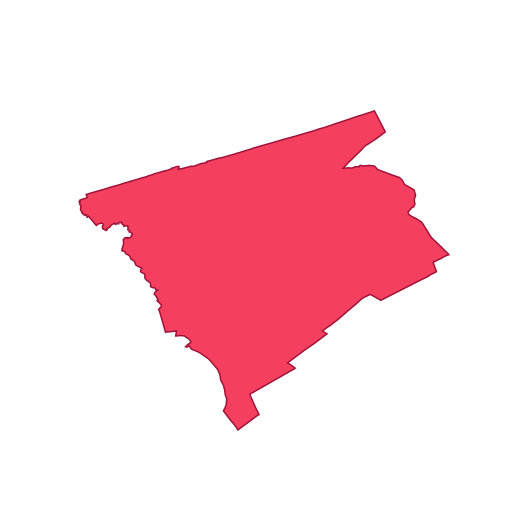 Roata De Jos, Giurgiu, Romania, rotated 196°
{"feature_id": "2599482B53285943705449", "entity_name": "Roata De Jos", "entity_type": "district", "adm_level": 2, "iso_a3": "ROU", "parent_name": "Romania", "parent_adm1": "Giurgiu", "projection": "equal_earth", "projection_center": [25.541, 44.417], "detail": "fine", "context": "isolated", "style": "filled", "palette": "rose", "viewbox_px": 512, "rotation_deg": 196, "n_neighbors": 0, "source": "geoboundaries", "source_scale": "gbopen_adm2", "svg_char_len": 6021}
<svg xmlns="http://www.w3.org/2000/svg" viewBox="0 0 512 512"><g transform="rotate(196 256 256)"><path d="M71.3,310.7L72.2,311.3L76.5,313.5L78.7,314.8L83.6,317.4L92.3,322.0L92.2,322.1L93.2,322.7L96.5,325.7L97.4,326.4L97.9,327.0L102.0,330.6L103.0,331.6L104.9,333.3L106.5,334.3L107.4,334.7L111.0,335.7L114.3,336.5L117.0,336.9L119.8,337.8L120.7,338.2L121.4,339.0L121.6,339.5L121.8,340.1L121.8,340.6L121.7,340.9L121.5,341.3L120.9,342.0L120.5,343.4L119.9,344.8L119.5,345.4L118.8,345.9L118.1,346.7L117.7,348.1L117.5,349.2L117.6,349.9L118.1,350.8L118.9,352.6L119.4,354.0L119.5,355.1L119.3,356.4L119.3,357.7L119.4,358.5L119.5,358.8L119.8,359.1L122.0,362.7L122.4,363.1L126.8,364.3L132.9,365.7L133.3,366.0L136.1,369.1L139.7,371.0L142.6,371.2L146.1,371.3L162.5,372.6L163.6,373.1L166.5,374.9L167.0,375.1L167.5,375.1L171.8,374.1L171.9,374.4L172.3,374.3L174.0,373.5L178.0,372.1L180.2,372.0L181.1,371.7L181.5,370.2L185.2,369.3L186.5,368.0L187.8,367.2L189.2,366.6L189.9,366.6L190.5,366.4L191.4,366.3L193.8,365.3L196.5,364.4L194.4,368.2L193.8,369.7L183.7,387.4L181.9,391.3L177.2,396.7L171.8,403.0L165.9,410.9L182.2,428.2L184.8,426.3L195.8,419.0L210.5,408.9L213.7,406.7L226.1,398.1L229.5,396.1L235.6,391.9L245.0,386.0L250.1,382.7L259.6,377.0L272.5,368.8L281.3,363.4L288.4,358.9L291.5,356.7L308.4,345.8L316.4,340.9L317.9,340.2L318.9,339.7L329.3,333.3L329.0,332.7L331.2,331.1L332.6,330.6L334.5,329.5L335.7,328.7L339.0,326.2L341.2,324.8L342.7,324.6L351.8,319.3L354.7,317.8L354.9,317.9L354.5,319.3L354.5,320.3L354.7,320.8L354.9,320.9L355.2,320.9L357.8,319.6L358.1,319.2L358.7,318.7L360.2,317.7L361.1,317.4L361.3,316.7L361.2,316.6L366.9,312.6L367.8,312.5L367.9,312.2L368.1,312.1L368.8,311.8L371.8,309.8L376.0,307.2L378.1,305.6L381.5,303.4L383.9,301.6L386.8,299.9L390.2,297.7L391.3,297.0L395.1,294.5L396.1,293.9L396.4,293.8L396.3,293.7L397.2,293.1L402.5,289.9L407.6,286.4L413.3,283.0L420.4,278.3L431.7,271.3L436.2,268.3L434.2,265.7L435.2,264.9L439.5,262.1L440.8,261.0L440.8,260.8L440.2,260.3L440.1,260.1L440.7,259.7L441.0,259.4L440.9,259.1L439.9,258.4L439.8,258.0L439.7,257.2L438.9,256.4L438.2,256.1L438.0,255.9L438.0,255.0L437.8,254.1L437.6,252.9L437.3,251.7L436.1,250.8L435.7,250.6L435.5,250.0L434.9,250.1L434.7,250.0L434.5,249.5L434.7,249.2L434.0,248.9L433.6,248.5L433.0,248.2L431.6,248.0L431.6,248.4L431.5,248.8L431.1,248.7L430.4,248.8L429.3,247.3L428.7,246.2L428.7,246.7L427.8,248.1L418.6,241.7L417.8,241.4L417.6,241.4L417.5,241.7L417.4,242.1L417.1,242.7L416.2,243.5L415.3,244.0L413.9,244.9L413.1,245.1L412.7,245.0L411.5,244.5L411.2,243.8L411.1,243.5L411.2,243.3L411.8,242.8L411.9,242.2L411.5,241.5L411.4,241.0L411.2,240.6L410.7,240.0L410.5,239.9L408.2,239.4L406.8,239.3L406.6,239.4L406.5,239.6L406.4,240.4L406.6,240.8L406.9,240.9L406.9,241.1L404.6,243.3L404.4,243.6L404.6,244.3L404.5,244.6L403.8,245.3L403.2,246.2L402.1,247.5L401.0,248.4L400.8,248.5L400.2,248.2L400.1,247.7L399.9,247.6L399.5,247.6L399.4,247.7L399.5,248.2L399.3,248.4L398.2,248.9L397.0,249.0L396.9,249.0L396.9,249.3L397.0,250.1L396.8,250.5L396.5,250.8L396.1,250.8L395.6,250.7L395.1,251.2L394.5,251.2L394.0,251.0L393.8,250.8L394.0,250.2L392.7,249.4L392.0,249.4L391.7,249.3L391.4,248.3L391.2,248.1L390.0,248.8L388.1,249.6L387.7,249.7L387.4,249.6L387.3,249.4L387.2,248.4L386.5,247.7L386.5,247.4L386.7,246.4L386.6,246.0L386.4,245.9L386.1,246.0L385.5,245.9L385.1,245.8L384.8,245.5L384.8,244.6L384.6,244.2L384.3,244.1L383.0,244.4L382.3,244.1L381.5,243.3L380.8,242.4L381.1,242.0L381.6,241.6L381.2,240.8L381.3,240.2L381.7,239.5L382.8,238.3L383.2,238.2L383.8,238.5L384.3,238.5L384.4,238.4L384.5,237.7L384.8,237.2L385.1,237.2L385.6,237.9L385.8,238.0L386.2,237.9L387.3,236.9L387.7,236.2L388.1,234.8L387.7,234.2L387.6,233.6L386.8,232.6L386.9,231.8L386.5,229.5L386.6,229.2L386.8,228.8L386.6,226.9L386.8,226.1L386.5,225.4L386.6,224.7L386.3,224.1L386.1,223.9L385.7,223.9L384.4,224.2L384.1,224.2L382.7,223.5L382.2,222.5L381.9,222.3L377.8,221.5L377.5,221.2L377.3,220.8L376.4,219.7L375.5,219.0L375.4,218.6L375.2,218.4L374.9,218.4L374.3,218.6L373.5,218.0L372.2,217.7L370.9,217.0L370.7,216.6L370.5,216.0L370.1,215.3L369.5,214.8L369.3,214.4L368.6,214.0L367.3,213.8L365.9,213.3L364.4,213.3L363.0,213.1L362.5,212.9L362.4,212.8L362.4,212.6L362.8,212.0L362.8,211.1L362.9,210.0L362.8,209.6L362.6,209.1L362.0,208.7L359.1,208.3L358.2,207.7L357.6,207.1L357.3,206.5L357.1,205.0L356.8,204.4L356.3,203.8L354.7,202.7L353.5,202.1L351.2,201.4L350.0,200.6L349.4,199.8L349.4,199.3L349.0,197.7L348.7,197.4L347.7,197.1L346.7,197.0L346.0,197.3L344.6,197.4L344.0,197.1L343.8,197.1L343.4,196.3L342.8,196.0L342.4,196.0L340.9,196.4L340.9,196.2L341.1,195.8L342.5,194.4L342.9,193.8L343.1,193.1L343.4,191.4L340.7,189.7L339.7,188.4L337.8,186.8L337.7,186.6L338.6,185.8L338.4,185.7L338.3,185.3L337.3,184.8L335.9,184.4L334.9,183.6L334.4,183.5L334.2,183.2L333.7,182.9L333.3,182.4L333.3,181.3L333.2,181.0L334.3,179.2L334.6,178.4L334.6,178.1L334.9,177.7L333.9,176.7L332.5,174.7L322.0,157.8L311.7,162.0L311.2,157.1L311.0,156.9L308.4,158.1L307.2,158.5L306.1,158.8L303.0,159.4L302.6,159.3L299.3,158.1L298.2,158.1L297.2,157.4L295.0,155.6L294.7,155.2L296.4,152.9L297.2,152.3L297.8,151.0L298.7,149.4L297.5,149.4L296.9,149.6L295.7,150.9L295.5,151.0L294.3,150.3L292.5,148.7L289.6,148.3L287.4,148.2L285.6,147.9L283.0,147.3L274.4,144.4L272.8,143.8L263.7,137.8L261.8,136.6L259.4,133.8L257.8,131.5L257.2,130.4L256.1,127.6L255.7,127.1L253.9,125.0L252.4,123.5L251.5,122.5L249.1,118.3L247.9,115.6L247.2,113.9L245.0,110.9L244.5,109.7L244.3,107.8L243.7,105.2L243.9,101.8L244.4,99.3L244.6,98.1L234.2,90.3L234.1,90.5L228.6,86.6L225.4,83.8L211.4,102.2L209.4,104.4L214.5,110.0L223.9,121.4L187.6,158.6L188.1,158.4L187.5,159.0L192.1,160.8L196.2,161.9L194.6,164.1L183.3,178.9L175.5,188.5L167.9,198.6L166.2,200.7L171.5,202.2L167.6,207.3L165.2,210.0L163.2,212.9L159.9,217.3L152.5,228.7L146.8,237.1L142.4,244.3L139.7,247.0L135.5,250.6L123.8,247.8L91.4,278.0L85.1,283.6L82.6,286.7L80.0,288.9L78.2,290.7L83.9,298.5L83.4,299.2L80.0,302.5L78.2,303.9L74.9,307.3L71.5,310.2L71.0,310.3L71.3,310.7Z" fill="#f43f5e" stroke="#9f1239" stroke-width="1.5"/></g></svg>